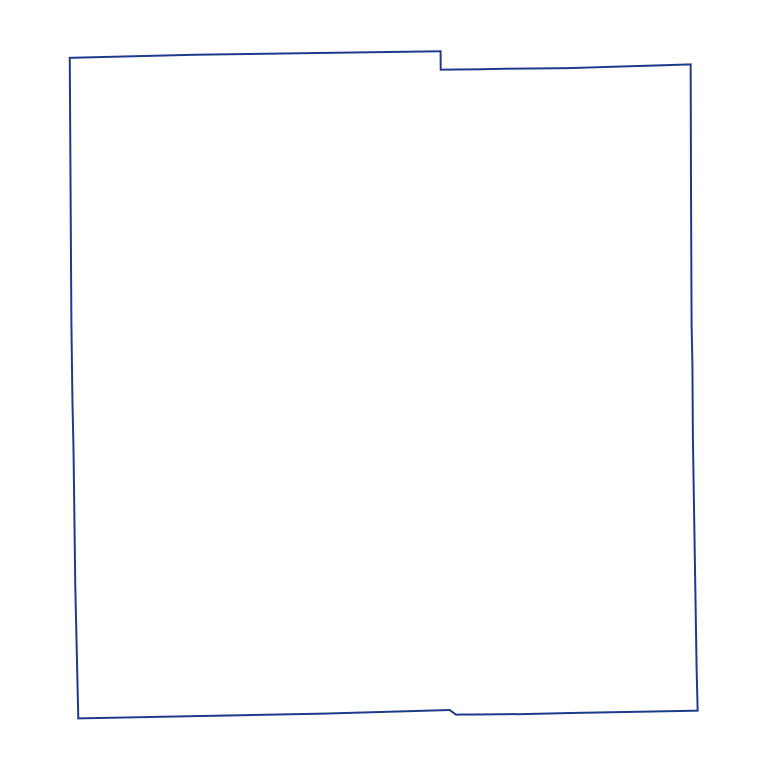 outline of Dodge, Wisconsin, United States of America, rotated 269°
{"feature_id": "52423323B32671588728946", "entity_name": "Dodge", "entity_type": "district", "adm_level": 2, "iso_a3": "USA", "parent_name": "United States of America", "parent_adm1": "Wisconsin", "projection": "equal_earth", "projection_center": [-88.734, 43.414], "detail": "fine", "context": "isolated", "style": "outline", "palette": "blue", "viewbox_px": 768, "rotation_deg": 269, "n_neighbors": 0, "source": "geoboundaries", "source_scale": "gbopen_adm2", "svg_char_len": 530}
<svg xmlns="http://www.w3.org/2000/svg" viewBox="0 0 768 768"><g transform="rotate(269 384 384)"><path d="M569.3,694.3L698.2,696.2L696.6,571.9L697.1,509.9L697.0,484.1L697.3,446.2L715.7,446.4L716.5,199.6L715.6,75.5L450.4,72.5L450.0,72.5L372.2,72.2L326.1,72.4L318.3,72.4L186.8,71.8L55.0,72.5L55.5,320.2L56.9,444.0L52.2,450.1L51.9,474.8L51.7,502.8L51.7,507.6L51.5,512.7L51.8,567.7L51.9,691.9L52.0,691.9L94.0,691.6L324.3,691.9L396.5,692.7L439.8,692.6L569.2,694.3L569.3,694.3Z" fill="none" stroke="#1e3a8a" stroke-width="2"/></g></svg>